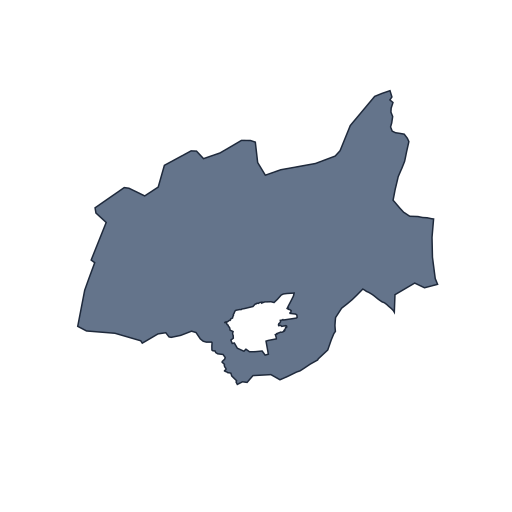 Bosso, Niger, Nigeria (Equal Earth projection), rotated 65°
{"feature_id": "59680162B93998087230069", "entity_name": "Bosso", "entity_type": "district", "adm_level": 2, "iso_a3": "NGA", "parent_name": "Nigeria", "parent_adm1": "Niger", "projection": "equal_earth", "projection_center": [6.502, 9.642], "detail": "fine", "context": "isolated", "style": "filled", "palette": "slate", "viewbox_px": 512, "rotation_deg": 65, "n_neighbors": 0, "source": "geoboundaries", "source_scale": "gbopen_adm2", "svg_char_len": 4077}
<svg xmlns="http://www.w3.org/2000/svg" viewBox="0 0 512 512"><g transform="rotate(65 256 256)"><path d="M286.9,395.9L286.6,392.3L285.4,380.0L285.2,377.8L285.6,376.3L287.4,370.2L292.6,369.0L293.9,367.2L296.1,357.9L296.9,346.2L300.0,342.7L307.6,341.5L310.9,339.9L313.0,337.5L315.3,332.6L316.1,332.5L319.0,334.1L322.6,335.7L323.7,335.1L324.7,333.3L326.5,333.3L328.5,332.0L331.3,327.5L335.0,326.8L336.3,328.0L337.3,331.1L337.9,331.6L340.9,330.4L341.8,331.0L343.2,331.2L345.1,330.8L346.0,331.1L346.2,331.3L346.5,331.9L346.5,332.8L346.8,333.1L347.4,332.8L348.7,331.5L349.9,330.8L350.6,329.5L351.6,328.3L354.5,328.7L360.9,326.3L361.8,327.3L364.5,327.2L364.3,321.4L366.8,317.5L363.1,309.3L369.8,292.6L378.3,286.6L378.5,277.6L378.3,268.2L378.7,264.6L378.1,260.2L376.9,252.5L376.3,244.1L375.5,243.0L371.5,230.7L364.5,223.9L363.5,222.9L359.2,218.2L357.9,215.9L354.6,214.7L352.3,213.8L351.2,213.2L349.2,212.1L345.4,209.9L339.7,200.8L339.5,200.5L337.8,193.2L336.2,187.3L334.1,181.2L331.1,173.2L332.7,172.0L334.7,170.9L336.6,169.2L338.2,168.1L340.0,166.9L342.2,165.7L344.5,164.6L346.6,163.6L348.7,162.4L350.9,161.1L352.6,159.4L355.2,158.0L357.7,157.0L360.9,155.5L363.6,154.6L365.4,154.4L349.8,146.4L347.6,123.6L356.0,116.7L358.4,103.4L352.2,103.1L331.7,96.6L313.5,88.6L297.5,79.4L297.0,80.2L296.2,81.4L293.7,84.7L292.6,86.7L291.6,88.6L290.3,90.4L288.7,92.5L286.2,97.4L285.0,99.8L283.3,100.9L279.8,103.0L278.8,103.7L277.2,104.2L273.4,105.4L265.4,107.6L263.4,108.2L261.6,106.9L254.3,101.6L253.4,100.9L252.3,100.0L246.0,95.0L244.3,93.7L242.5,91.7L239.3,88.1L238.2,86.8L234.7,83.1L233.1,81.4L231.3,80.0L224.8,75.2L218.5,70.3L216.9,69.1L215.2,69.1L213.4,69.1L213.2,69.1L210.0,69.8L208.2,70.2L205.8,73.6L203.2,77.5L200.4,79.8L195.9,79.5L192.8,76.8L187.4,73.2L182.6,72.9L179.1,71.0L174.8,67.0L171.1,68.7L169.3,65.6L162.8,64.7L161.9,73.0L161.5,81.0L177.6,115.4L196.1,135.3L198.9,142.0L197.3,163.0L188.3,197.1L186.7,213.4L172.0,215.0L152.5,208.5L149.0,212.2L145.1,220.3L147.4,245.0L145.6,262.4L135.8,265.6L133.3,270.4L135.1,300.7L152.2,315.5L154.5,331.5L140.9,342.5L138.3,346.5L144.3,381.5L149.4,382.9L162.3,377.6L190.0,407.1L193.9,405.0L206.2,417.4L214.6,425.7L244.4,447.3L252.3,441.3L266.4,416.5L284.1,396.3L286.9,395.9ZM336.2,304.5L337.2,307.2L331.7,311.9L325.7,312.4L325.2,314.5L321.6,314.3L320.9,311.3L318.5,310.3L317.1,310.2L315.8,309.7L315.3,309.1L314.8,308.7L313.8,309.5L312.3,310.8L310.0,310.2L308.4,310.5L307.8,310.7L306.8,310.5L305.9,311.2L304.8,311.1L303.7,311.2L303.3,312.3L303.0,312.3L303.0,310.9L303.6,309.9L303.1,307.6L303.1,307.1L303.4,306.7L303.2,306.2L302.4,305.6L302.3,304.9L302.3,303.5L301.0,302.5L300.4,301.6L299.5,301.3L298.5,299.9L297.1,298.5L296.7,297.2L297.6,293.5L298.1,292.5L298.3,292.1L298.1,291.0L298.6,289.3L298.7,289.0L300.5,280.1L299.9,278.7L299.4,277.6L299.3,277.2L299.2,276.7L299.5,276.3L299.2,275.2L299.6,274.4L300.0,273.8L299.7,272.7L300.3,270.2L301.1,270.6L301.2,268.6L301.3,267.6L301.4,267.2L302.3,265.2L302.9,263.8L303.6,262.1L303.7,261.8L305.8,259.3L304.3,254.9L302.0,249.6L302.0,247.1L303.1,243.7L305.7,237.1L306.5,237.7L308.2,239.1L311.6,243.4L314.8,247.6L316.5,249.7L316.7,248.9L317.4,249.3L317.6,249.3L317.9,249.1L318.0,249.2L318.2,248.9L318.3,248.8L318.3,248.7L318.5,248.5L318.7,248.2L319.0,247.9L319.4,247.8L320.3,247.2L321.6,248.1L321.9,249.3L322.4,249.4L325.4,244.6L326.8,243.9L328.2,244.4L329.1,244.7L329.3,245.7L326.3,255.9L325.7,257.9L325.5,258.4L325.0,258.5L325.1,259.3L325.0,259.7L324.9,260.1L324.6,261.2L325.2,261.3L325.9,261.5L326.7,262.7L326.9,263.8L327.8,264.7L328.7,264.9L329.2,263.2L329.8,262.7L330.7,262.4L331.6,258.6L332.2,257.9L333.0,258.0L333.4,258.2L333.6,258.5L333.6,259.1L333.4,259.1L333.5,259.3L333.4,259.4L333.9,259.6L335.0,261.3L335.1,261.5L335.2,261.9L335.6,261.7L335.8,261.6L336.0,262.1L336.1,263.8L336.1,264.4L336.0,264.9L335.6,265.6L335.3,266.1L335.4,266.5L335.1,269.9L335.6,270.0L335.4,271.7L337.1,271.9L338.8,272.2L339.7,272.6L337.7,280.6L337.5,282.0L337.4,282.9L350.2,286.3L349.7,289.6L344.7,290.6L342.4,297.1L341.9,298.3L340.0,302.4L337.8,303.6L336.2,304.5Z" fill="#64748b" stroke="#1e293b" stroke-width="1.5"/></g></svg>